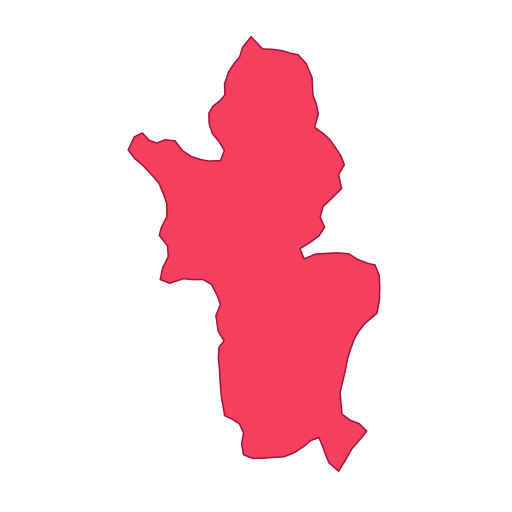 Entre Folhas, Minas Gerais, Brazil, rotated 177°
{"feature_id": "56859067B8207809670025", "entity_name": "Entre Folhas", "entity_type": "district", "adm_level": 2, "iso_a3": "BRA", "parent_name": "Brazil", "parent_adm1": "Minas Gerais", "projection": "natural_earth1", "projection_center": [-42.24, -19.656], "detail": "fine", "context": "isolated", "style": "filled", "palette": "rose", "viewbox_px": 512, "rotation_deg": 177, "n_neighbors": 0, "source": "geoboundaries", "source_scale": "gbopen_adm2", "svg_char_len": 1646}
<svg xmlns="http://www.w3.org/2000/svg" viewBox="0 0 512 512"><g transform="rotate(177 256 256)"><path d="M249.5,475.2L258.3,465.3L261.9,455.8L267.5,449.7L273.8,441.3L278.5,429.4L278.5,418.6L284.0,412.9L291.1,407.9L295.6,401.1L295.9,390.9L293.2,380.6L286.8,372.0L282.0,363.2L286.5,353.1L298.0,353.3L306.0,355.1L315.5,358.8L323.8,365.0L330.9,375.3L341.0,376.8L349.2,374.0L356.5,377.1L363.1,384.8L371.2,381.4L378.1,368.7L371.8,359.4L365.5,353.7L358.0,345.2L349.2,333.9L344.6,321.2L342.4,312.8L342.9,300.0L348.9,289.7L351.5,281.7L343.8,270.8L343.6,260.0L349.7,249.4L352.9,237.5L343.6,233.3L329.9,237.1L319.8,235.7L310.3,235.3L302.0,230.0L296.9,218.8L294.1,209.4L299.2,198.5L297.7,182.9L292.4,173.0L297.7,166.9L298.9,156.1L298.4,143.5L298.4,132.1L298.0,117.6L295.6,98.2L288.8,94.5L281.4,89.4L277.7,79.9L280.2,69.2L278.9,58.3L270.1,54.0L258.3,53.7L248.0,54.0L238.8,54.0L228.8,57.3L217.8,63.6L211.4,68.7L202.7,71.4L199.5,62.7L197.0,54.2L193.9,45.6L184.8,36.8L178.0,46.5L170.5,58.3L160.9,68.2L154.6,75.3L161.7,83.2L170.4,87.0L178.4,93.6L179.2,115.2L176.0,126.1L172.9,136.5L170.1,148.1L166.8,157.2L162.2,168.0L157.4,175.4L150.6,183.1L138.3,192.4L135.1,205.0L134.0,218.2L133.9,230.0L137.6,240.8L144.7,242.8L154.9,247.4L163.3,253.4L174.9,254.9L184.8,254.9L195.9,254.9L208.2,250.7L211.7,261.1L201.4,266.6L191.9,272.9L186.0,281.3L189.9,291.6L186.3,302.0L178.0,309.1L167.0,318.9L169.3,333.0L163.0,342.5L166.1,351.8L171.6,361.2L176.7,368.9L182.5,374.8L190.7,381.4L186.3,394.7L187.9,405.0L190.7,413.4L190.7,431.2L195.8,445.5L203.5,454.8L211.0,456.7L218.1,459.4L227.7,461.4L238.4,462.4L249.5,475.2Z" fill="#f43f5e" stroke="#9f1239" stroke-width="1.5"/></g></svg>